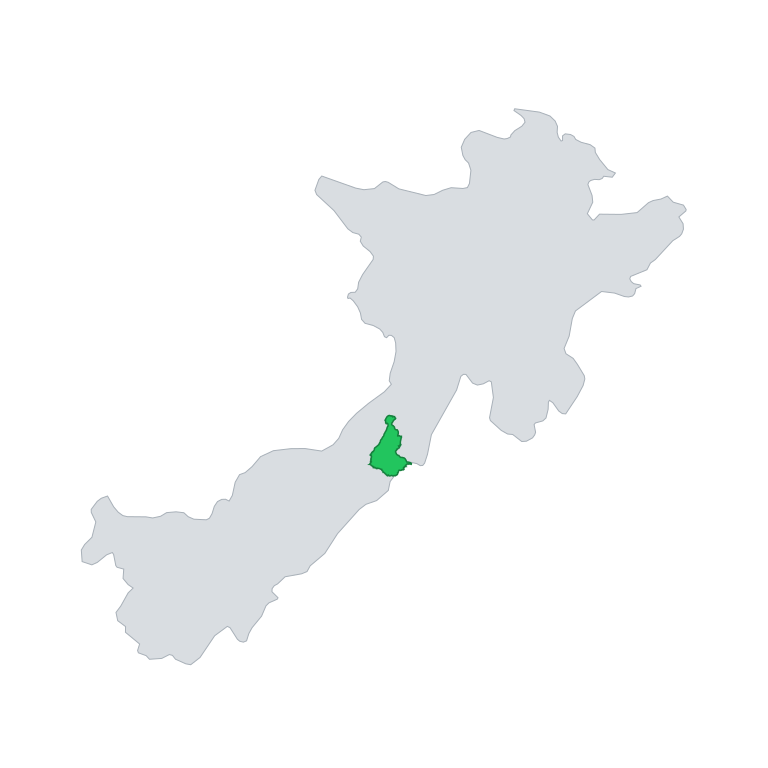 location of Khamkeuth, Bolikhamxai, Laos, rotated 85°
{"feature_id": "54806243B83345748269493", "entity_name": "Khamkeuth", "entity_type": "district", "adm_level": 2, "iso_a3": "LAO", "parent_name": "Laos", "parent_adm1": "Bolikhamxai", "projection": "orthographic", "projection_center": [104.952, 18.216], "detail": "fine", "context": "in_parent", "style": "filled", "palette": "green", "viewbox_px": 768, "rotation_deg": 85, "n_neighbors": 0, "source": "geoboundaries", "source_scale": "gbopen_adm2", "svg_char_len": 8834}
<svg xmlns="http://www.w3.org/2000/svg" viewBox="0 0 768 768"><g transform="rotate(85 384 384)"><path d="M262.7,76.7L266.4,83.8L283.7,102.9L286.7,108.0L293.1,112.1L298.3,128.9L300.6,130.0L303.5,128.8L305.8,126.5L307.7,120.1L309.0,119.4L310.9,124.7L315.8,126.4L318.0,128.7L318.6,132.8L317.8,136.9L313.5,146.4L310.8,159.2L327.9,186.9L335.2,190.7L352.5,195.4L364.3,201.5L369.7,200.1L375.0,193.3L381.3,189.6L393.1,183.8L396.5,183.5L402.9,185.8L413.5,192.7L429.6,205.6L429.0,209.0L426.1,212.3L417.4,217.4L414.7,220.6L416.3,221.8L423.5,222.7L432.0,225.6L434.6,229.0L436.0,236.6L437.5,238.0L445.3,237.2L447.8,238.3L450.6,240.7L453.4,247.1L453.3,251.8L445.5,260.2L444.6,265.2L440.5,271.2L429.7,281.2L426.8,281.8L407.0,276.2L391.2,276.9L389.9,279.0L392.5,285.1L393.2,291.1L390.8,295.7L381.6,301.5L381.3,304.1L383.1,306.8L396.3,312.2L438.6,341.2L457.8,346.8L466.3,350.4L468.5,352.5L468.5,355.0L466.2,358.2L464.4,363.9L464.3,367.3L466.3,370.6L469.7,375.5L481.7,386.4L490.4,389.0L499.5,401.5L502.3,412.5L506.8,419.6L529.0,443.3L547.6,457.7L558.7,473.4L564.1,477.0L565.9,482.6L567.4,499.3L573.9,507.5L575.3,510.8L578.1,513.3L581.2,513.7L587.7,508.2L589.0,509.0L592.0,517.7L594.7,520.9L604.6,526.2L615.2,536.6L620.8,540.4L627.9,543.3L628.9,546.6L627.7,550.1L625.5,552.3L613.4,558.6L611.8,561.2L620.0,574.6L640.4,591.1L646.8,601.0L645.5,605.8L640.0,615.7L635.9,618.4L634.8,621.4L638.0,629.3L637.8,641.6L633.9,644.6L630.4,652.1L628.0,652.7L621.7,650.1L608.8,663.2L603.1,662.6L596.6,669.9L588.2,670.9L582.3,665.6L569.8,657.1L565.4,651.7L561.5,656.4L555.0,660.9L545.7,659.4L543.3,665.9L541.5,667.0L530.3,668.2L528.2,669.3L530.0,675.2L536.7,685.1L538.7,690.8L534.6,700.2L523.0,700.0L517.8,696.2L511.2,688.3L496.3,683.1L486.4,686.8L483.4,686.6L475.9,679.9L473.2,675.6L471.5,669.2L482.8,664.0L488.5,660.0L492.3,655.7L493.8,651.2L495.6,632.7L497.3,626.1L496.3,618.1L493.2,611.8L493.2,602.3L494.8,594.6L499.1,590.7L502.1,585.2L503.8,572.8L502.5,569.6L498.2,566.6L491.1,563.7L486.6,560.1L484.8,555.7L485.0,551.9L487.1,548.5L481.8,544.8L468.9,540.8L461.7,535.8L460.2,530.1L454.8,522.6L445.6,513.3L440.8,500.0L440.3,482.5L441.4,468.4L445.4,451.9L440.1,440.0L434.2,433.8L426.0,429.2L418.2,422.5L410.8,413.9L402.0,401.2L391.8,384.3L384.9,376.7L381.3,378.5L373.9,376.9L362.6,371.9L352.7,369.2L344.2,368.8L338.7,369.8L336.2,372.4L335.9,374.9L338.1,377.4L336.9,379.4L332.5,380.7L328.8,383.5L324.8,389.6L321.9,397.6L317.7,400.7L311.2,401.3L304.8,403.5L298.4,407.4L295.4,410.3L295.7,412.4L294.4,412.8L291.3,411.6L289.9,409.0L290.1,404.7L286.9,401.9L280.4,400.4L273.0,395.7L258.9,383.9L255.7,383.4L250.9,386.3L244.7,392.7L239.7,395.2L235.7,393.8L232.6,396.0L230.4,401.9L226.3,406.5L206.9,418.7L189.4,434.6L185.0,435.9L174.6,431.1L171.4,427.9L186.4,395.1L188.7,387.1L188.5,376.5L182.6,367.5L182.4,365.0L183.4,362.3L190.9,352.2L199.9,325.9L199.6,317.7L196.1,308.6L194.3,300.0L196.1,288.3L195.6,283.8L191.7,281.4L178.7,278.8L171.2,280.5L167.6,283.6L163.2,285.5L154.9,286.4L147.3,282.3L141.0,275.4L139.7,267.2L148.2,249.7L150.4,243.0L150.2,239.8L148.9,236.4L147.0,235.9L143.0,231.6L139.2,224.2L135.5,220.7L131.9,221.3L128.5,224.0L122.9,230.7L121.2,229.8L126.7,205.5L131.5,195.3L136.9,190.6L142.5,188.7L148.4,189.6L153.3,188.8L157.4,186.4L157.0,184.9L152.4,184.5L150.6,181.7L151.7,176.5L153.9,173.2L157.1,171.7L160.4,166.5L163.6,157.7L167.4,153.3L171.7,153.3L179.2,149.6L189.9,142.3L194.0,135.1L197.9,138.6L196.2,147.0L198.3,148.8L199.2,151.8L198.5,156.5L199.3,160.5L200.8,162.5L203.1,163.5L214.3,160.3L221.1,160.2L232.1,166.6L238.7,162.1L238.9,160.4L233.6,154.5L235.7,133.1L235.3,116.9L226.4,104.7L224.7,99.9L223.9,92.0L221.5,85.3L228.1,80.0L231.9,70.1L236.5,67.8L237.9,68.2L243.3,75.7L250.4,72.1L255.8,72.2L260.3,74.3L262.7,76.7Z" fill="#d9dde1" stroke="#a8b0b8" stroke-width="1"/><path d="M466.2,363.8L465.7,363.6L464.9,364.2L464.6,364.7L463.9,366.5L463.7,368.1L461.2,369.0L460.5,369.4L459.7,370.0L459.4,370.5L458.7,372.4L458.6,373.6L458.4,374.0L457.7,374.7L456.4,375.5L456.3,376.3L456.0,376.7L455.1,377.6L454.3,377.8L453.8,378.1L453.6,378.1L453.2,378.2L453.0,378.3L452.8,378.4L451.8,378.3L451.7,377.9L451.2,377.5L451.1,377.3L451.0,377.2L450.9,377.2L450.7,377.2L450.4,377.1L450.5,376.9L450.4,376.8L450.3,376.7L450.1,376.8L450.0,376.6L450.1,376.4L450.0,376.1L449.7,376.1L449.5,375.7L449.6,375.4L449.5,375.5L449.4,375.4L449.3,375.2L449.2,375.1L449.1,374.8L449.3,374.7L449.1,374.7L448.9,374.5L448.9,374.4L448.7,374.4L448.7,374.5L448.6,374.3L448.0,374.3L447.8,374.1L447.7,374.2L447.6,374.4L447.4,374.2L447.3,374.3L447.3,374.0L447.2,374.0L447.1,373.9L447.0,374.0L447.0,373.9L447.0,374.0L446.9,374.0L446.9,373.8L446.7,373.7L446.8,373.6L446.6,373.6L446.6,373.4L446.6,373.0L446.5,372.9L446.3,373.1L446.2,373.2L446.2,373.3L446.2,373.0L445.8,373.0L445.8,372.9L445.6,372.9L445.6,372.7L445.4,372.8L445.0,372.8L444.7,372.9L443.6,372.8L442.5,372.6L439.7,371.7L439.1,371.7L438.8,371.4L438.7,371.5L438.3,371.3L437.6,371.2L437.5,371.7L437.5,372.6L437.4,372.8L436.9,373.2L436.7,373.5L436.8,374.0L437.0,374.7L436.9,374.9L436.3,374.8L435.5,374.5L435.0,374.2L434.0,374.0L432.8,374.0L432.0,374.2L431.4,374.6L430.9,374.7L430.8,374.9L430.7,375.8L430.2,376.7L429.5,377.1L429.2,377.3L427.9,377.3L426.3,378.5L426.2,378.9L425.9,379.2L425.2,379.8L424.9,379.9L424.5,379.8L423.3,379.4L423.1,379.1L422.7,378.7L422.1,378.4L421.0,377.5L420.3,376.6L419.9,375.8L419.4,375.4L419.1,375.4L418.5,376.0L417.9,376.3L417.4,376.3L417.3,377.1L417.1,377.4L417.0,377.6L417.4,378.0L417.1,378.1L417.1,378.3L416.9,378.6L416.6,378.7L416.4,378.8L416.4,379.1L416.6,379.2L416.6,379.4L416.3,379.9L416.4,380.2L415.9,381.0L415.8,381.7L415.9,382.1L416.1,382.6L416.5,383.4L417.3,384.2L418.5,385.0L419.9,385.9L420.1,385.7L420.4,385.8L420.6,386.0L421.0,385.6L422.0,385.7L422.4,385.6L422.7,385.7L422.9,385.7L423.3,385.4L423.7,385.3L423.8,385.2L423.7,385.0L423.4,384.5L423.5,384.0L423.9,383.7L424.5,383.6L426.0,383.6L426.3,383.7L427.1,384.4L428.2,384.9L429.0,385.1L429.6,385.5L430.0,385.5L432.0,387.0L433.3,387.7L433.9,388.3L434.7,388.5L435.2,388.6L435.8,388.9L436.7,389.9L438.0,390.8L438.8,391.1L438.9,391.5L439.5,392.1L440.2,392.5L441.0,392.7L441.6,392.8L442.1,393.4L442.2,393.5L442.8,393.6L443.0,393.7L443.4,394.3L443.9,394.4L445.9,397.2L446.8,398.7L447.6,399.2L448.7,399.4L449.5,399.8L449.7,400.2L450.0,400.4L450.4,400.6L450.3,401.1L450.9,401.8L451.0,401.7L451.3,402.0L451.5,402.1L451.6,402.4L451.8,402.4L452.1,402.7L452.5,402.6L452.6,402.8L452.3,402.8L452.4,403.0L452.6,403.0L452.8,403.2L452.9,403.3L453.1,403.5L453.1,403.3L453.1,403.6L453.3,403.6L453.6,403.6L453.6,403.4L453.8,403.3L454.0,403.4L454.2,402.9L454.5,402.9L454.5,403.1L454.8,403.0L454.7,402.9L454.8,402.8L455.5,402.7L455.8,403.0L456.5,403.1L456.7,403.3L456.8,403.4L457.3,403.3L457.3,403.5L457.7,403.5L457.9,403.7L458.3,403.5L458.5,403.5L458.9,403.6L459.0,403.7L459.2,403.8L459.3,403.8L459.4,404.0L459.5,404.0L459.4,403.8L459.6,403.7L460.0,404.0L460.0,403.7L459.9,403.7L460.3,403.5L460.2,403.6L460.3,403.7L460.5,403.5L460.8,403.9L461.2,404.0L461.7,404.3L461.9,404.6L462.1,404.6L462.3,404.7L462.2,404.8L462.3,405.0L462.6,405.1L462.4,404.9L462.7,404.9L462.7,405.2L462.8,405.4L462.9,404.7L463.2,404.5L463.8,403.8L463.9,403.7L464.2,403.7L464.3,403.5L465.0,402.4L465.3,402.4L465.3,402.2L465.7,401.8L465.8,401.8L465.7,401.7L465.9,401.6L466.1,401.7L466.3,401.6L466.2,401.2L466.3,401.2L466.5,401.1L466.6,400.8L466.7,400.6L466.4,400.2L466.5,400.0L466.6,399.8L466.9,399.4L467.0,399.4L467.3,399.3L467.3,399.2L467.5,399.1L467.6,398.9L467.7,398.4L467.4,398.1L467.5,397.9L467.4,397.8L467.3,397.7L467.4,397.4L467.9,395.8L468.8,394.4L468.8,393.8L468.8,393.7L469.1,393.6L469.4,393.7L470.0,393.6L470.5,392.9L470.9,392.6L471.7,392.7L472.0,392.6L472.0,392.1L472.1,391.8L473.0,390.9L473.4,390.8L473.8,390.1L474.4,389.9L474.8,389.4L475.7,388.7L475.8,388.5L475.7,388.2L475.1,387.8L475.0,387.7L475.8,387.0L476.0,386.7L476.1,386.1L475.9,385.3L475.7,384.2L476.1,383.7L476.4,383.1L476.4,382.7L476.0,381.9L476.2,381.3L476.2,380.9L476.4,380.7L476.2,380.2L475.9,379.7L475.7,379.5L475.7,379.3L475.5,379.2L475.5,378.9L475.3,378.6L475.2,378.6L474.8,378.4L474.5,378.1L474.1,378.1L473.8,378.0L473.5,378.1L473.4,377.7L472.9,377.3L471.8,377.0L471.6,376.7L471.2,376.5L471.2,375.9L471.3,375.8L471.6,374.9L471.5,374.6L471.5,374.4L471.3,374.1L471.3,373.8L471.1,373.8L471.1,373.4L470.9,373.2L471.0,372.8L471.0,372.5L471.1,372.3L471.2,372.1L470.9,371.7L470.8,371.8L470.3,371.5L470.2,371.6L470.0,371.9L469.9,371.9L469.4,371.9L468.9,371.8L468.8,371.7L468.6,371.2L468.5,370.9L468.6,370.7L468.3,370.4L468.0,370.4L468.0,370.1L468.1,369.9L468.1,369.5L467.9,369.7L467.7,369.8L467.6,369.7L467.4,369.8L466.8,369.5L466.8,369.2L466.6,369.0L466.6,368.6L466.0,368.4L465.8,368.0L465.8,367.8L465.6,367.6L465.6,367.4L465.7,367.1L465.9,366.9L465.7,366.7L465.9,366.1L465.8,365.7L465.8,365.4L466.0,365.2L465.9,364.9L466.0,364.6L466.3,364.2L466.1,364.1L466.2,363.8Z" fill="#22c55e" stroke="#15803d" stroke-width="1.5"/></g></svg>